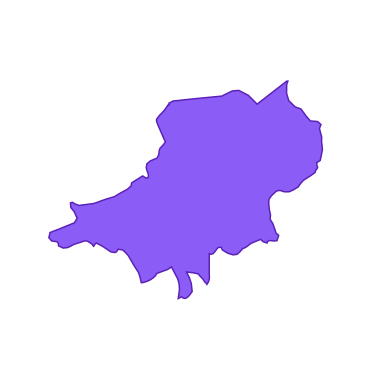 the district of Tamy Al-Amdid, Ad Daqahliyah, Egypt, rotated 327°
{"feature_id": "37247803B352337860507", "entity_name": "Tamy Al-Amdid", "entity_type": "district", "adm_level": 2, "iso_a3": "EGY", "parent_name": "Egypt", "parent_adm1": "Ad Daqahliyah", "projection": "equal_earth", "projection_center": [31.578, 30.948], "detail": "fine", "context": "isolated", "style": "filled", "palette": "violet", "viewbox_px": 384, "rotation_deg": 327, "n_neighbors": 0, "source": "geoboundaries", "source_scale": "gbopen_adm2", "svg_char_len": 2983}
<svg xmlns="http://www.w3.org/2000/svg" viewBox="0 0 384 384"><g transform="rotate(327 192 192)"><path d="M332.8,151.3L331.9,150.6L311.9,152.3L294.4,153.8L294.2,152.4L291.9,141.6L286.6,132.3L280.8,129.2L275.6,128.5L269.2,127.8L267.1,126.7L260.8,123.4L247.7,116.6L236.6,110.9L230.3,107.8L225.6,105.3L224.5,105.3L223.5,105.3L221.2,104.9L220.3,106.5L219.8,105.8L213.9,108.2L211.8,108.8L206.6,110.0L203.8,111.0L201.8,111.8L200.7,113.6L199.7,118.5L198.2,127.5L197.2,133.7L197.0,135.6L191.7,137.3L189.0,137.9L187.4,139.1L184.3,142.7L181.1,144.5L177.9,143.9L173.7,143.2L169.5,143.8L166.8,146.8L165.8,149.9L165.2,152.9L164.2,154.8L163.1,156.0L161.0,155.3L159.4,151.7L157.3,151.6L149.9,151.5L146.3,151.5L144.1,153.9L143.1,153.9L138.9,154.5L130.4,153.8L124.6,153.7L118.8,152.0L118.3,151.8L110.9,149.9L107.8,149.3L103.0,148.0L89.9,141.7L87.2,138.0L86.2,135.6L84.1,134.9L83.5,136.0L81.9,139.2L82.5,144.1L81.4,151.4L76.6,153.8L56.7,149.9L54.0,149.3L50.8,148.7L50.3,149.3L47.1,152.3L47.3,153.9L47.6,156.6L51.8,160.3L51.8,162.7L50.7,164.5L53.5,168.9L57.2,170.8L60.9,171.4L63.5,171.5L66.2,172.1L70.9,173.4L75.6,174.6L77.7,176.5L78.8,179.0L79.8,181.4L79.8,183.9L80.3,183.9L81.4,183.3L83.0,182.7L84.0,182.7L84.8,184.1L87.7,189.4L88.2,190.7L90.3,195.6L91.3,198.0L94.0,200.5L95.5,201.1L97.6,200.5L98.8,199.7L99.2,200.0L101.8,202.4L102.4,203.0L103.4,207.3L103.7,209.2L103.9,210.4L103.4,220.8L103.3,223.8L103.3,230.0L102.8,232.4L101.7,236.1L101.2,237.3L100.1,240.3L100.6,240.9L102.7,241.6L104.8,242.2L108.5,242.9L112.2,242.9L115.9,242.3L118.0,241.1L126.4,243.0L129.1,243.7L132.2,243.7L134.0,243.6L132.7,257.2L131.1,262.1L128.4,266.9L124.2,271.8L123.1,273.0L122.4,273.9L126.3,274.2L126.8,276.1L127.9,277.3L130.0,277.9L133.1,277.4L137.9,275.6L141.6,268.3L143.2,262.2L143.8,256.1L149.0,260.4L152.7,264.1L152.7,265.3L153.2,268.4L153.7,270.8L153.7,274.5L154.2,276.4L154.2,277.6L156.8,276.4L159.5,274.0L162.1,269.7L172.9,253.1L173.8,254.5L175.9,255.2L178.5,254.6L183.3,252.8L186.4,254.1L185.9,257.1L188.5,262.6L192.1,267.0L195.8,268.8L199.5,268.3L203.7,267.1L206.9,267.7L213.7,267.2L223.7,269.1L224.8,272.8L227.2,275.7L228.4,274.7L230.0,274.7L231.1,275.3L232.6,276.6L234.2,277.8L236.8,279.1L241.1,275.5L240.1,272.4L240.9,269.3L242.5,263.0L242.6,261.5L242.7,257.2L245.1,254.4L245.5,253.6L247.4,248.5L250.3,243.1L252.2,240.5L252.8,239.9L254.4,239.3L256.6,238.4L262.1,237.4L263.0,237.2L265.6,237.9L267.7,239.7L268.8,241.4L271.0,243.1L272.5,244.0L273.6,244.7L277.7,245.4L281.9,245.5L283.3,245.7L285.1,245.0L288.8,243.7L292.1,242.8L293.5,242.9L298.9,242.9L299.3,243.0L302.5,242.8L305.1,242.7L305.7,242.7L308.3,240.7L309.0,240.8L310.8,239.8L311.2,238.0L312.6,235.2L313.4,235.4L316.7,235.4L324.4,227.6L326.1,224.4L327.5,221.6L327.8,220.8L329.9,217.7L330.8,216.3L332.4,211.3L333.5,208.2L334.3,207.6L334.9,207.1L336.9,205.7L335.7,201.3L330.0,196.9L329.1,190.9L328.6,181.7L326.6,179.1L324.9,176.8L322.9,168.2L325.0,160.9L329.8,153.6L332.3,151.6L332.8,151.3Z" fill="#8b5cf6" stroke="#5b21b6" stroke-width="1.5"/></g></svg>